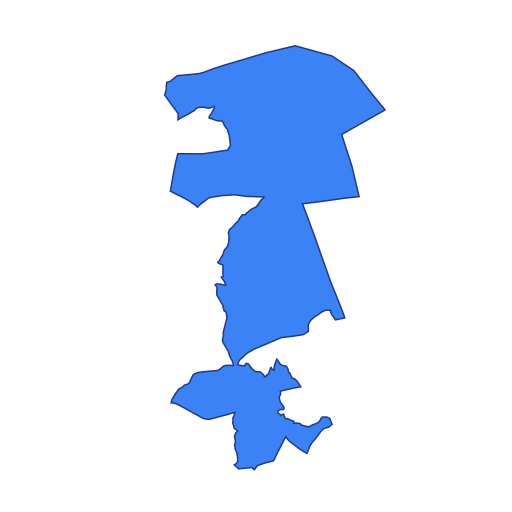 Oru East, Imo, Nigeria (Mercator projection), rotated 187°
{"feature_id": "59680162B91755424681987", "entity_name": "Oru East", "entity_type": "district", "adm_level": 2, "iso_a3": "NGA", "parent_name": "Nigeria", "parent_adm1": "Imo", "projection": "mercator", "projection_center": [6.961, 5.722], "detail": "fine", "context": "isolated", "style": "filled", "palette": "blue", "viewbox_px": 512, "rotation_deg": 187, "n_neighbors": 0, "source": "geoboundaries", "source_scale": "gbopen_adm2", "svg_char_len": 5074}
<svg xmlns="http://www.w3.org/2000/svg" viewBox="0 0 512 512"><g transform="rotate(187 256 256)"><path d="M365.7,417.6L365.8,413.3L365.4,411.4L365.6,408.6L366.3,404.6L350.5,387.7L350.1,381.7L345.7,385.1L343.2,386.7L341.0,388.2L339.7,389.0L338.7,390.1L337.3,391.1L334.8,392.9L333.8,394.5L332.9,395.5L330.8,396.5L328.0,397.0L325.2,397.3L323.5,397.0L321.8,396.9L320.3,397.1L318.3,398.0L315.8,399.4L315.3,398.6L315.3,397.7L315.9,396.5L316.7,394.6L317.9,391.4L318.6,390.2L319.2,388.9L319.5,387.4L318.6,387.0L316.0,386.7L313.5,386.0L312.1,385.7L311.4,385.5L310.6,385.6L308.8,385.6L307.1,385.7L306.0,385.7L304.7,384.2L303.6,382.1L301.5,379.6L299.4,377.9L299.2,376.3L297.3,372.6L296.0,367.3L295.2,364.1L294.9,362.0L296.5,359.3L296.5,357.8L321.3,350.9L346.1,348.0L347.3,337.7L348.0,326.7L348.4,319.4L348.9,309.9L332.0,303.8L327.7,301.9L324.9,300.3L322.2,299.0L320.2,297.3L316.5,301.6L313.1,304.8L310.5,307.5L307.5,308.9L297.0,311.8L284.3,314.2L272.7,314.0L268.6,314.4L255.3,315.6L255.7,314.6L258.1,311.7L259.8,308.4L260.5,306.7L262.3,304.4L266.3,301.9L270.2,297.8L272.2,295.3L272.9,295.5L274.6,295.3L277.2,290.9L277.5,289.1L279.5,286.9L283.1,281.6L285.6,278.9L286.2,275.7L285.0,271.6L284.8,266.9L285.3,262.4L287.6,258.8L288.4,257.1L289.0,253.4L290.4,250.6L291.8,246.6L292.9,245.6L293.1,244.7L290.4,243.6L287.7,243.1L286.8,235.1L286.1,231.8L287.9,230.8L284.7,227.3L282.5,223.5L283.9,223.1L286.9,223.7L290.0,223.7L291.6,223.4L293.1,222.4L290.9,220.1L290.6,215.8L290.1,212.5L282.8,202.9L282.4,200.9L281.7,199.6L281.0,197.7L278.8,196.7L278.0,193.4L277.3,191.1L279.3,175.4L278.6,173.6L279.1,168.5L278.0,165.9L272.0,158.1L270.4,154.6L269.4,152.6L267.4,149.8L266.2,148.1L265.1,144.5L268.0,144.4L272.9,143.7L275.0,142.6L277.7,139.6L279.6,138.0L281.6,137.3L284.9,136.7L287.4,136.2L291.5,135.2L294.0,134.8L296.5,134.1L298.6,133.5L299.8,133.1L302.4,131.6L303.0,131.4L303.4,131.0L303.9,130.5L304.3,129.4L305.1,126.9L305.9,124.3L306.5,122.6L307.1,121.4L307.9,120.6L309.8,119.9L310.6,119.5L311.4,118.9L312.2,118.0L313.0,117.0L313.9,116.2L314.9,115.6L315.9,115.0L316.9,113.8L318.2,111.2L319.7,108.6L320.6,106.3L321.9,103.5L322.1,102.1L322.4,100.0L321.9,100.0L318.7,99.9L315.3,99.0L306.3,95.5L302.0,93.7L291.0,89.3L288.4,88.3L285.4,88.1L282.7,88.2L279.0,89.5L272.0,92.4L265.4,95.0L261.2,96.8L257.8,98.2L258.3,95.1L259.2,92.6L258.8,89.9L258.7,87.1L257.6,85.1L256.7,82.4L254.2,81.1L252.9,80.3L254.3,78.1L255.4,74.9L255.3,73.9L254.8,72.8L253.7,69.3L254.2,66.0L252.9,61.2L252.1,60.3L250.9,58.1L250.4,56.1L249.7,53.7L249.3,51.5L249.4,49.3L250.0,48.0L251.2,46.8L252.1,46.0L249.2,44.1L247.3,42.6L234.5,45.5L231.5,43.7L229.0,48.2L221.3,51.9L214.1,54.6L213.3,55.7L212.5,57.8L210.5,64.1L207.5,71.9L206.2,75.8L204.3,80.4L202.8,78.4L199.9,76.0L196.4,74.0L189.5,69.9L183.7,67.2L181.3,66.3L179.3,74.2L177.3,78.2L174.7,81.8L171.9,86.7L170.8,88.8L168.5,92.2L166.7,93.5L163.0,94.9L160.0,98.2L162.4,102.5L162.9,103.7L164.0,104.0L165.8,104.7L168.6,104.5L170.5,104.3L171.8,102.5L172.6,100.1L174.1,98.1L176.1,96.9L178.8,95.6L182.2,93.3L182.9,92.6L184.1,93.0L184.7,93.2L185.6,93.0L187.3,93.2L188.8,93.6L190.3,93.6L190.6,94.2L191.1,94.6L192.5,95.1L194.5,95.2L196.8,94.9L198.1,94.5L198.2,95.0L198.2,96.6L201.5,97.2L202.4,97.7L205.2,98.4L206.9,98.2L207.9,99.4L208.7,101.3L209.5,102.5L211.2,101.5L212.1,100.8L212.9,101.8L214.9,102.6L215.3,104.8L213.7,106.2L212.4,106.7L210.7,106.8L209.7,107.6L209.5,108.6L210.6,110.3L212.2,111.9L214.2,114.2L215.7,118.0L215.4,119.9L214.7,122.0L215.4,124.8L203.9,129.0L195.6,131.6L198.4,134.9L199.8,136.7L202.8,138.8L204.9,139.1L206.4,140.8L207.7,143.3L209.6,144.9L210.2,146.8L210.9,148.4L212.4,150.2L216.7,150.7L218.5,151.4L220.5,153.8L222.7,156.1L223.3,153.6L223.8,151.9L224.2,150.3L224.4,148.4L224.3,146.6L224.0,144.7L224.8,144.8L226.3,145.8L226.9,146.5L227.3,147.2L227.7,146.9L228.0,146.3L228.2,145.3L228.2,144.3L228.6,143.1L228.9,142.0L229.2,141.1L229.6,140.2L230.4,139.3L231.0,139.0L231.5,138.3L231.6,137.8L232.2,136.9L232.8,137.4L233.4,137.9L233.9,138.9L235.1,139.8L236.6,140.9L237.8,141.5L239.6,141.4L241.4,141.4L241.8,141.0L242.3,141.3L243.2,141.6L243.8,141.8L244.4,142.6L245.1,143.1L246.3,143.5L246.8,143.9L247.0,144.4L247.4,145.1L248.1,145.6L249.0,146.3L249.5,147.0L250.3,147.8L250.9,148.2L251.9,148.3L252.5,148.1L253.2,147.6L253.5,147.0L253.7,146.1L253.8,145.4L258.0,145.6L260.0,145.6L261.1,145.9L260.9,146.7L260.3,148.9L260.1,149.8L259.2,151.1L255.7,155.3L253.7,157.7L252.0,159.2L249.1,161.3L246.4,163.4L220.7,178.2L209.4,180.9L199.3,183.8L194.9,187.4L195.0,189.5L195.8,193.9L195.0,196.4L193.7,199.1L189.8,203.2L187.0,205.5L184.4,207.9L183.4,208.8L181.5,210.0L179.9,210.8L178.0,211.0L176.3,211.0L175.2,211.1L175.2,209.8L173.2,206.3L171.7,205.2L170.6,203.7L169.3,202.3L160.4,205.4L162.0,208.9L168.0,220.1L179.0,239.9L185.6,253.2L200.4,283.0L208.8,299.3L216.2,313.5L199.7,317.6L174.2,324.4L160.9,327.5L171.9,357.2L185.8,387.1L145.7,416.7L161.8,432.1L181.5,452.0L205.0,463.8L242.8,469.4L270.3,459.2L309.5,442.1L321.8,436.4L329.5,432.3L334.4,430.2L343.9,428.0L353.7,425.9L356.0,425.4L358.8,422.7L362.7,418.7L365.7,417.6Z" fill="#3b82f6" stroke="#1e3a8a" stroke-width="1.5"/></g></svg>